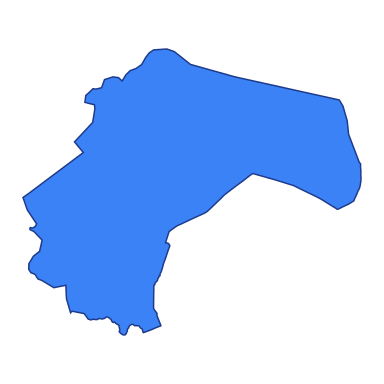 outline of Koro, Mopti, Mali
{"feature_id": "8926073B21763479745041", "entity_name": "Koro", "entity_type": "district", "adm_level": 2, "iso_a3": "MLI", "parent_name": "Mali", "parent_adm1": "Mopti", "projection": "albers", "projection_center": [-2.891, 14.217], "detail": "fine", "context": "isolated", "style": "filled", "palette": "blue", "viewbox_px": 384, "rotation_deg": 0, "n_neighbors": 0, "source": "geoboundaries", "source_scale": "gbopen_adm2", "svg_char_len": 3199}
<svg xmlns="http://www.w3.org/2000/svg" viewBox="0 0 384 384"><path d="M23.0,197.5L27.3,209.9L36.6,223.9L35.2,226.5L32.8,228.0L30.3,227.6L29.8,228.7L30.2,229.8L33.8,231.4L42.1,240.1L39.6,251.3L33.4,256.2L28.9,263.7L28.7,268.6L29.0,269.9L30.9,272.7L35.2,274.4L36.2,276.3L38.0,279.0L41.8,280.4L53.9,287.7L57.7,286.9L65.9,285.3L66.1,291.8L66.5,298.9L69.8,310.2L70.6,312.8L71.2,312.0L71.9,311.4L73.3,311.4L77.5,312.3L80.4,312.8L81.7,313.1L83.6,313.4L84.0,313.5L85.9,315.8L86.2,316.3L87.4,318.1L88.1,319.0L88.8,319.3L89.5,319.4L89.9,319.6L90.1,319.8L90.8,319.9L91.5,319.8L92.7,319.2L95.0,319.5L96.1,319.5L97.5,319.5L98.5,318.8L99.2,318.4L99.8,318.6L101.1,318.8L102.3,319.0L104.2,318.5L105.7,317.6L106.5,316.9L108.0,317.2L109.4,318.1L110.0,318.7L110.9,319.3L111.4,320.1L111.8,321.3L112.7,322.2L113.6,322.5L114.1,322.0L115.0,322.5L115.9,323.5L116.7,324.0L117.1,324.2L117.8,324.7L118.4,324.7L119.1,325.6L119.1,326.6L119.4,328.1L119.8,329.5L119.8,330.3L119.4,331.0L119.2,331.8L119.8,332.3L120.4,333.1L122.2,334.4L123.5,335.0L125.2,334.8L126.2,333.6L126.9,331.9L127.3,331.1L127.3,330.2L127.8,328.5L128.7,327.9L128.8,326.9L129.7,325.5L131.4,324.5L132.1,324.3L133.0,324.5L133.6,324.7L134.2,325.4L134.9,325.7L136.1,325.7L136.5,325.7L137.7,325.7L138.6,325.8L139.0,326.0L139.7,326.9L140.3,327.8L141.2,328.5L142.0,328.9L142.6,330.4L142.9,331.3L142.9,331.8L143.0,332.2L143.4,332.6L145.5,331.9L150.3,330.1L151.4,329.7L155.2,328.0L159.9,326.2L160.5,326.0L160.8,325.8L160.9,325.6L160.2,323.8L157.5,317.0L157.0,315.4L156.8,314.5L157.1,313.6L156.6,312.8L154.6,310.1L153.8,308.9L153.6,308.1L153.6,304.6L153.7,294.3L153.8,291.2L153.8,288.2L153.8,286.5L153.7,285.9L154.3,285.3L154.9,284.2L155.0,283.8L155.1,283.1L155.5,282.4L156.5,281.7L157.5,280.4L157.8,279.0L158.4,277.7L159.0,276.9L159.1,276.1L160.0,275.7L160.0,274.4L160.3,273.3L161.2,271.9L161.7,270.1L162.4,268.1L163.7,263.0L165.4,258.7L167.8,251.3L169.8,245.9L169.8,245.5L168.9,244.1L168.5,243.6L167.6,243.0L167.2,243.0L166.5,242.9L165.8,242.9L165.5,242.6L165.8,241.9L167.5,236.5L167.8,235.6L168.9,232.2L169.0,231.7L171.0,230.1L173.9,228.0L176.5,226.2L178.5,225.1L179.9,224.6L190.4,219.6L195.4,217.3L204.0,213.4L206.2,212.2L207.4,211.3L211.9,207.1L217.8,201.4L221.2,198.2L223.0,196.2L225.1,194.3L226.7,193.1L229.2,191.2L234.0,187.5L236.4,185.7L243.0,180.9L249.7,175.6L251.3,174.5L252.2,173.9L252.6,173.6L253.8,173.8L271.0,178.7L274.3,179.6L282.1,182.0L287.8,183.8L293.4,185.5L301.3,189.4L316.0,196.5L321.0,199.1L327.1,202.9L330.0,204.7L332.6,206.3L335.7,208.2L336.1,208.5L336.7,209.0L337.2,209.2L337.9,209.2L338.4,209.0L342.8,206.8L348.8,204.0L353.8,200.9L354.9,198.2L356.7,194.3L358.0,191.0L359.5,188.3L360.3,184.8L360.8,181.5L361.0,178.1L360.8,174.1L360.9,170.9L360.5,166.9L360.6,164.0L359.1,162.0L359.1,161.9L348.6,134.3L347.2,120.8L343.0,106.2L339.3,100.0L234.7,76.8L190.4,64.4L183.0,58.5L174.3,51.6L166.8,49.0L153.6,49.9L149.3,52.8L145.8,57.3L141.6,64.6L135.8,68.6L130.2,70.6L126.0,74.7L122.1,81.0L118.5,77.6L112.9,76.9L104.5,79.6L101.6,87.7L96.0,89.1L93.0,88.7L90.7,91.0L87.8,93.7L85.8,95.4L84.9,102.4L94.5,104.8L94.9,108.6L92.7,122.4L74.5,141.9L83.3,152.5L73.5,159.9L47.3,179.5L29.6,192.8L23.0,197.5Z" fill="#3b82f6" stroke="#1e3a8a" stroke-width="1.5"/></svg>